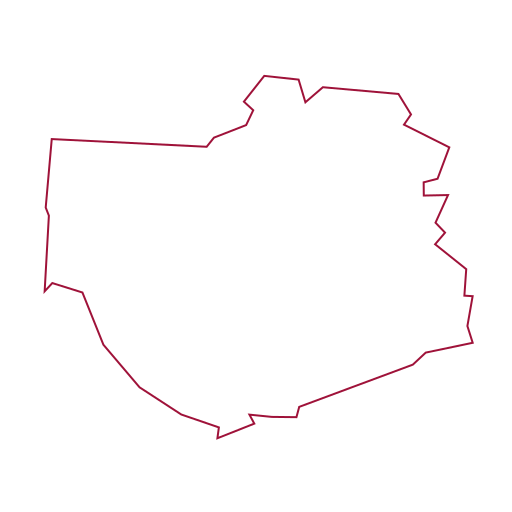 outline of Smith, Tennessee, United States of America, rotated 266°
{"feature_id": "52423323B17760103371200", "entity_name": "Smith", "entity_type": "district", "adm_level": 2, "iso_a3": "USA", "parent_name": "United States of America", "parent_adm1": "Tennessee", "projection": "natural_earth1", "projection_center": [-85.954, 36.255], "detail": "fine", "context": "isolated", "style": "outline", "palette": "rose", "viewbox_px": 512, "rotation_deg": 266, "n_neighbors": 0, "source": "geoboundaries", "source_scale": "gbopen_adm2", "svg_char_len": 680}
<svg xmlns="http://www.w3.org/2000/svg" viewBox="0 0 512 512"><g transform="rotate(266 256 256)"><path d="M235.5,42.7L243.2,50.9L231.7,80.3L178.1,97.6L133.1,130.7L103.1,170.4L87.6,207.0L76.9,204.8L88.9,242.6L98.2,238.4L94.4,260.5L92.4,285.1L102.5,288.6L136.7,404.9L147.8,418.6L154.3,466.1L171.4,462.0L200.8,469.3L201.9,461.1L228.2,464.8L255.2,435.5L266.1,446.2L276.7,437.4L303.4,451.8L304.6,427.6L317.8,428.4L320.4,442.5L350.9,456.4L376.7,412.8L386.4,420.5L407.7,409.4L419.7,334.5L405.9,316.0L429.0,310.8L435.1,276.8L410.8,254.7L401.6,263.4L387.3,255.3L377.0,222.3L368.4,214.4L386.9,60.4L319.0,49.6L310.7,52.2L235.5,42.7Z" fill="none" stroke="#9f1239" stroke-width="2"/></g></svg>